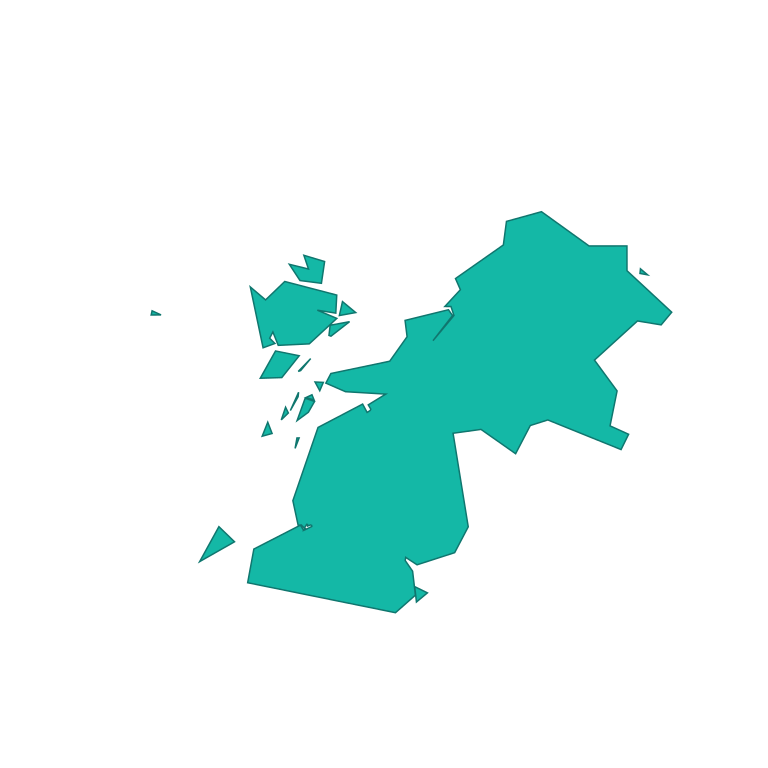 Belitung, Bangka-Belitung, Indonesia (Robinson projection), rotated 34°
{"feature_id": "22746128B80009106787015", "entity_name": "Belitung", "entity_type": "district", "adm_level": 2, "iso_a3": "IDN", "parent_name": "Indonesia", "parent_adm1": "Bangka-Belitung", "projection": "robinson", "projection_center": [107.612, -2.94], "detail": "medium", "context": "isolated", "style": "filled", "palette": "teal", "viewbox_px": 768, "rotation_deg": 34, "n_neighbors": 0, "source": "geoboundaries", "source_scale": "gbopen_adm2", "svg_char_len": 1987}
<svg xmlns="http://www.w3.org/2000/svg" viewBox="0 0 768 768"><g transform="rotate(34 384 384)"><path d="M582.4,163.6L522.1,154.2L508.2,133.7L476.8,154.9L418.2,153.1L394.6,180.7L405.2,202.0L384.3,256.6L394.6,263.1L391.1,285.7L396.2,282.3L403.7,288.1L400.4,320.7L402.5,288.9L395.9,286.4L365.9,319.5L376.7,331.9L376.0,361.9L334.1,405.0L335.3,415.8L356.4,411.9L391.1,391.4L382.6,410.1L387.1,412.2L387.4,413.6L385.9,417.0L377.5,412.6L353.6,456.9L373.7,531.7L391.9,549.2L394.2,547.1L398.8,548.0L399.1,550.0L400.3,547.9L398.5,547.5L398.4,543.5L399.2,543.2L400.1,544.5L401.8,542.0L403.1,541.7L403.8,542.5L399.3,550.3L393.6,547.8L368.4,593.6L382.1,625.0L521.4,567.2L528.1,541.5L512.4,523.2L500.3,518.5L498.9,515.6L512.5,515.4L536.9,484.3L533.7,455.3L468.8,386.2L489.8,367.4L532.1,368.2L528.5,336.6L539.9,322.2L617.2,305.8L614.9,288.9L594.8,292.3L581.1,259.4L545.1,246.5L558.9,190.0L580.7,180.0L582.4,163.6ZM295.1,336.7L244.4,354.5L238.8,380.5L218.9,378.3L263.5,421.6L270.9,411.4L263.6,410.0L262.8,403.0L274.7,411.1L299.6,392.5L308.2,356.0L287.4,360.1L304.4,352.2L295.1,336.7ZM297.9,408.0L275.6,417.3L278.2,448.4L295.7,435.8L297.9,408.0ZM266.3,315.7L245.6,322.1L257.1,330.9L238.6,337.7L256.5,345.2L275.8,335.5L266.3,315.7ZM348.3,598.4L326.9,594.6L330.5,634.3L348.3,598.4ZM336.2,437.3L326.6,439.9L332.4,462.9L337.1,449.7L336.2,437.3ZM318.9,487.6L309.0,480.7L312.2,495.4L318.9,487.6ZM536.8,532.9L522.8,534.8L532.8,546.6L536.8,532.9ZM320.6,340.6L303.5,338.9L308.7,352.2L320.6,340.6ZM320.6,351.6L306.5,365.4L311.2,374.5L313.3,374.0L320.6,351.6ZM332.8,416.6L325.7,420.9L334.5,425.5L332.8,416.6ZM321.2,458.4L319.9,442.6L317.8,438.6L321.2,458.4ZM318.9,471.2L320.9,461.5L315.4,458.3L318.9,471.2ZM307.4,419.5L309.0,403.9L305.9,421.5L307.4,419.5ZM541.5,146.1L532.2,145.1L534.4,149.2L541.5,146.1ZM160.5,451.4L150.8,453.0L152.4,457.0L160.5,451.4ZM330.3,433.2L326.8,439.0L334.9,436.3L330.3,433.2ZM346.3,487.1L343.8,476.2L342.0,477.4L346.3,487.1Z" fill="#14b8a6" stroke="#0f766e" stroke-width="1.5"/></g></svg>